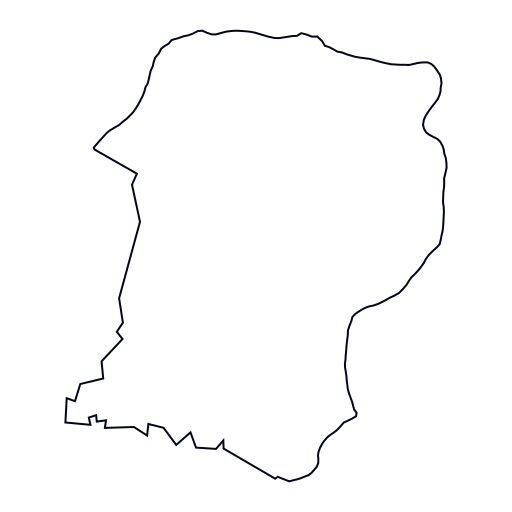 outline of VIII-1 Ireng/Upper Potaro, Potaro-Siparuni, Guyana
{"feature_id": "73187651B95779409673376", "entity_name": "VIII-1 Ireng/Upper Potaro", "entity_type": "district", "adm_level": 2, "iso_a3": "GUY", "parent_name": "Guyana", "parent_adm1": "Potaro-Siparuni", "projection": "orthographic", "projection_center": [-59.613, 4.894], "detail": "fine", "context": "isolated", "style": "outline", "palette": "ink", "viewbox_px": 512, "rotation_deg": 0, "n_neighbors": 0, "source": "geoboundaries", "source_scale": "gbopen_adm2", "svg_char_len": 2773}
<svg xmlns="http://www.w3.org/2000/svg" viewBox="0 0 512 512"><path d="M317.1,36.4L315.5,36.7L311.6,36.5L306.1,34.4L301.2,33.2L296.9,35.9L292.7,36.0L282.5,37.6L279.0,38.1L274.7,38.0L268.1,36.6L263.8,35.3L259.4,34.0L255.1,32.7L250.5,31.8L246.3,31.3L241.5,31.0L236.7,30.7L232.2,30.9L226.3,31.6L220.5,33.1L216.0,34.4L211.9,34.4L207.5,33.0L202.3,30.7L197.6,31.1L193.0,33.6L187.9,35.4L183.8,36.2L178.2,38.2L171.6,40.0L168.6,43.7L164.5,46.1L161.2,48.7L158.8,53.4L155.1,57.8L153.5,62.8L152.7,66.4L150.8,70.5L149.8,74.4L149.0,78.3L147.7,83.6L145.5,87.1L144.4,91.4L142.7,95.9L140.4,100.4L138.4,104.2L135.8,108.4L133.2,112.1L130.2,115.3L126.5,118.9L122.7,121.8L119.3,124.9L114.9,127.4L109.6,130.6L106.6,133.1L100.5,139.8L93.8,147.5L94.5,149.5L136.9,173.7L132.0,184.7L140.0,221.8L119.1,298.3L122.9,322.7L116.8,331.8L122.5,339.0L101.6,361.3L103.2,378.5L80.3,384.0L75.0,401.2L66.7,398.2L65.4,422.5L90.4,424.8L88.8,417.6L96.1,415.2L96.8,421.6L106.0,420.3L104.9,427.9L133.9,427.0L147.1,435.5L148.4,424.0L163.6,427.8L176.2,444.9L190.5,432.4L196.0,447.6L216.0,448.9L223.3,440.5L223.6,448.6L272.0,476.8L275.2,478.7L277.7,476.8L289.1,481.3L293.6,480.2L297.3,479.3L300.8,478.2L304.4,476.7L308.4,475.2L311.6,472.8L314.3,469.7L316.7,466.9L318.2,463.2L318.4,459.3L318.0,455.7L318.5,452.0L320.1,447.6L322.2,443.7L324.3,440.7L327.7,436.9L331.3,434.2L335.5,431.3L338.3,428.8L340.8,426.0L343.8,422.5L347.2,421.0L352.3,418.5L356.1,416.2L356.6,412.8L354.1,409.4L352.2,402.1L350.5,397.5L348.8,392.7L347.7,388.5L347.3,384.7L346.7,379.9L346.4,375.9L345.7,371.3L345.1,367.7L344.9,364.1L345.5,359.6L345.7,355.5L346.2,350.4L346.5,345.9L346.9,342.0L347.7,336.2L348.0,330.2L349.3,326.3L351.3,321.2L352.5,316.8L355.7,313.6L359.4,311.1L363.8,308.5L368.7,306.5L373.6,305.5L378.6,303.7L385.0,300.5L389.7,297.8L393.8,295.9L399.0,293.0L403.1,288.8L406.5,284.9L408.9,281.0L411.4,277.4L414.7,274.2L418.0,270.7L421.0,266.9L423.8,263.0L425.5,259.6L428.7,255.1L432.5,251.2L437.1,247.1L439.7,244.1L440.7,239.9L441.5,235.7L442.6,230.9L443.1,226.7L443.4,221.8L443.7,216.4L443.9,211.7L443.7,206.9L443.0,202.2L443.4,191.9L444.1,186.8L444.2,182.9L444.1,178.5L445.5,172.6L446.6,167.8L446.4,162.6L445.7,157.6L444.4,154.1L443.8,150.0L442.7,146.2L440.2,141.7L437.2,138.8L432.9,136.7L429.3,134.8L426.1,132.3L424.1,129.0L423.0,124.8L423.9,119.7L425.7,115.7L428.9,110.8L431.6,107.1L434.4,103.6L437.7,99.2L439.4,95.3L440.5,91.6L440.7,87.7L441.5,83.3L441.0,78.6L439.9,74.8L437.2,70.7L434.2,66.5L431.2,63.9L427.6,62.4L422.5,62.4L417.7,63.0L413.5,64.0L408.9,65.0L405.3,64.8L400.6,64.8L396.6,64.6L390.7,64.2L385.0,63.0L380.1,61.8L374.7,60.2L369.9,58.9L365.9,58.4L360.5,57.7L355.6,56.9L351.6,55.8L346.9,54.4L341.8,52.4L337.3,51.6L333.7,49.5L329.0,47.0L324.9,45.8L322.1,41.1L317.1,36.4Z" fill="none" stroke="#020617" stroke-width="2"/></svg>